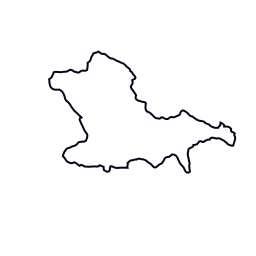 Serranópolis de Minas, Minas Gerais, Brazil (Natural Earth projection), rotated 309°
{"feature_id": "56859067B28805372666394", "entity_name": "Serranópolis de Minas", "entity_type": "district", "adm_level": 2, "iso_a3": "BRA", "parent_name": "Brazil", "parent_adm1": "Minas Gerais", "projection": "natural_earth1", "projection_center": [-42.853, -15.87], "detail": "fine", "context": "isolated", "style": "outline", "palette": "ink", "viewbox_px": 256, "rotation_deg": 309, "n_neighbors": 0, "source": "geoboundaries", "source_scale": "gbopen_adm2", "svg_char_len": 4053}
<svg xmlns="http://www.w3.org/2000/svg" viewBox="0 0 256 256"><g transform="rotate(309 128 128)"><path d="M65.1,95.2L64.8,97.5L64.0,99.9L63.6,102.0L64.0,103.5L64.3,105.0L65.4,106.6L67.4,107.7L67.9,109.2L68.0,110.9L68.0,112.5L68.2,114.2L69.7,114.6L70.5,116.6L70.7,118.5L72.1,120.4L73.5,122.3L74.6,123.4L75.7,124.6L77.1,126.2L78.4,128.0L79.5,129.1L81.2,129.4L81.9,131.6L82.5,133.5L81.5,134.3L80.2,135.7L80.5,137.8L80.8,139.3L82.3,140.5L83.9,140.3L85.5,139.2L87.2,138.5L88.2,139.9L88.6,141.7L89.3,143.4L90.0,144.7L91.1,145.7L92.3,147.0L93.7,148.7L95.0,150.3L95.9,151.5L96.8,152.7L97.8,151.5L99.4,150.9L100.5,149.7L102.6,150.0L104.5,150.5L106.0,152.0L107.8,153.1L108.6,154.3L110.1,155.0L111.4,156.2L112.1,158.0L113.3,159.7L114.0,161.8L114.0,163.8L114.0,166.2L114.4,168.7L114.0,170.9L113.8,172.7L114.4,174.0L116.0,174.7L117.4,175.0L118.7,175.2L120.1,175.7L121.9,176.5L125.2,176.3L126.8,175.7L128.3,175.8L129.6,176.3L130.5,177.3L131.6,178.1L133.2,178.5L135.2,178.9L136.4,180.8L136.7,183.0L135.9,185.3L135.0,187.0L134.2,188.9L133.2,190.8L132.7,193.8L132.3,196.2L131.1,198.5L130.4,200.1L130.5,201.8L131.3,203.0L132.6,203.6L133.8,202.9L134.8,201.6L135.8,200.8L136.9,199.5L138.2,198.8L139.5,197.9L140.5,196.5L141.7,195.1L142.8,193.9L143.6,192.7L145.0,191.1L146.5,190.1L147.9,189.3L149.8,188.3L151.7,188.9L153.0,189.7L154.4,190.1L156.0,189.5L157.1,190.8L158.9,191.8L160.8,191.9L162.3,191.8L163.6,192.9L164.1,194.8L165.1,195.8L166.6,195.9L167.9,196.7L169.4,197.5L170.4,198.8L171.8,198.5L173.3,199.2L174.4,201.1L175.4,203.3L176.9,204.6L177.9,206.8L178.1,208.9L178.6,210.4L178.4,211.9L178.6,213.5L178.2,215.7L178.8,217.9L179.4,219.5L180.5,220.8L182.3,220.1L183.8,219.5L185.2,218.9L186.9,218.2L188.3,217.0L189.2,215.2L191.0,214.3L190.8,212.4L190.3,211.0L190.8,209.6L192.2,208.7L192.4,206.6L191.9,204.8L190.8,203.2L189.6,201.8L190.8,200.8L190.8,198.4L190.4,196.5L189.1,197.3L188.1,198.0L186.4,197.7L185.0,198.0L183.7,196.5L182.5,194.8L182.1,193.3L181.5,191.1L181.7,188.7L181.1,186.8L180.5,185.2L180.8,183.1L179.8,181.1L179.0,179.6L178.3,178.3L177.8,176.2L177.5,173.4L177.5,170.8L176.6,168.9L176.7,167.2L177.1,165.1L177.0,163.0L176.8,161.1L176.1,159.4L174.1,158.8L172.5,159.3L170.7,159.8L168.4,158.7L166.6,157.7L165.0,156.8L164.0,154.9L162.7,153.9L161.1,153.6L159.9,153.2L158.7,151.5L158.1,149.2L157.9,147.8L156.7,147.0L155.2,146.8L154.3,145.2L153.3,143.7L153.1,141.7L153.4,138.9L153.6,136.7L153.6,135.1L153.1,133.5L152.7,132.0L153.3,130.5L154.3,129.3L155.3,128.4L156.5,127.5L158.3,126.5L158.7,124.9L158.0,123.8L157.0,121.8L156.3,120.0L155.7,118.5L155.5,117.0L155.7,115.6L156.7,114.5L158.6,113.6L159.3,111.6L159.8,109.8L160.4,107.7L160.8,105.8L162.0,104.1L163.7,103.8L165.2,103.6L166.7,102.7L167.7,101.2L169.2,101.7L170.5,102.4L171.9,102.1L172.6,100.4L173.1,97.7L173.8,96.0L173.7,93.9L174.8,92.6L174.9,90.6L174.9,88.0L175.2,86.4L175.2,84.1L174.4,81.4L173.8,79.0L173.1,76.6L172.7,74.2L172.2,72.1L171.1,70.5L170.9,68.8L170.9,66.7L171.0,64.9L170.7,63.0L169.3,61.3L168.9,59.2L168.8,57.0L167.5,56.5L165.9,55.3L164.3,54.1L163.0,54.5L160.5,54.8L158.6,55.5L156.8,56.2L155.0,56.1L153.2,55.6L152.1,56.6L150.9,57.5L149.4,58.5L147.3,59.7L145.6,58.8L144.8,57.6L143.9,56.4L142.8,55.7L141.5,55.3L140.2,54.9L139.3,53.8L138.9,52.5L137.9,50.6L137.8,48.4L136.9,46.4L134.8,45.6L133.1,44.7L131.7,43.2L130.3,41.7L129.0,40.7L128.1,39.2L126.7,37.3L125.6,35.8L124.3,35.2L122.8,36.0L121.5,36.1L119.8,36.6L117.9,36.5L116.3,36.0L115.1,37.3L113.7,38.5L112.5,40.0L111.3,41.8L110.9,43.6L111.0,45.2L111.8,47.1L113.2,48.8L114.7,50.6L114.9,53.7L114.2,55.9L113.4,57.7L112.3,59.3L111.3,60.6L110.4,62.4L110.4,63.9L110.3,65.9L109.8,68.2L108.9,70.4L108.4,72.3L107.7,75.1L107.5,76.8L107.5,78.2L107.4,80.0L107.1,81.6L107.1,83.3L106.9,85.2L105.5,84.5L104.1,85.1L103.2,86.6L102.3,88.3L101.5,90.1L100.9,91.3L100.2,92.7L99.5,94.2L98.6,96.1L98.1,98.0L97.3,100.5L95.4,102.0L93.3,102.8L91.6,103.3L89.7,102.4L88.5,100.8L87.1,99.7L85.9,98.6L84.4,98.5L82.2,98.4L80.2,97.4L78.2,96.0L76.5,95.3L75.1,94.5L73.8,93.6L72.4,93.4L70.8,93.5L69.3,93.6L67.1,94.2L65.1,95.2Z" fill="none" stroke="#020617" stroke-width="2"/></g></svg>